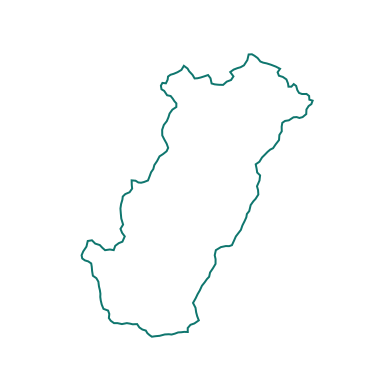 outline of São José do Divino, Minas Gerais, Brazil, rotated 200°
{"feature_id": "56859067B84823872884443", "entity_name": "São José do Divino", "entity_type": "district", "adm_level": 2, "iso_a3": "BRA", "parent_name": "Brazil", "parent_adm1": "Minas Gerais", "projection": "natural_earth1", "projection_center": [-41.373, -18.4], "detail": "fine", "context": "isolated", "style": "outline", "palette": "teal", "viewbox_px": 384, "rotation_deg": 200, "n_neighbors": 0, "source": "geoboundaries", "source_scale": "gbopen_adm2", "svg_char_len": 2858}
<svg xmlns="http://www.w3.org/2000/svg" viewBox="0 0 384 384"><g transform="rotate(200 192 192)"><path d="M202.5,47.4L198.4,49.1L195.1,46.7L191.6,45.8L188.0,46.0L185.7,44.1L182.9,43.0L180.2,42.3L177.2,43.9L173.2,45.8L168.9,48.8L165.2,50.4L162.4,51.1L159.7,53.0L157.0,55.3L154.2,56.5L151.5,57.9L148.1,59.0L149.5,62.7L148.0,66.7L144.8,69.3L141.7,73.7L144.6,77.0L146.9,80.3L149.1,84.4L153.1,88.1L152.2,93.4L151.8,97.8L151.0,102.2L150.6,107.3L149.2,111.5L148.2,115.2L146.9,118.2L147.5,122.5L146.2,127.7L145.3,132.5L146.9,137.0L149.0,140.3L149.7,145.5L146.0,150.1L141.7,152.8L138.6,153.8L136.3,155.7L135.9,160.5L135.6,165.2L134.3,169.4L133.1,173.2L133.2,177.7L132.6,182.8L132.3,186.8L132.9,190.1L131.7,193.7L132.4,199.8L131.2,204.2L129.9,207.3L128.8,212.3L130.6,216.4L132.9,219.6L132.5,225.9L133.7,230.9L137.4,232.6L139.2,235.9L141.6,239.8L139.0,243.5L138.0,248.4L136.4,251.8L134.7,255.6L133.0,258.6L130.8,260.9L129.7,265.3L128.0,270.6L129.4,275.5L128.4,279.7L130.1,284.1L130.8,287.9L128.9,290.6L125.5,292.5L122.2,296.9L119.3,298.2L116.4,298.3L113.7,300.2L111.3,304.3L112.7,308.7L111.8,312.7L109.9,315.4L109.9,319.1L113.3,318.9L114.8,322.3L117.9,323.3L122.2,321.7L125.3,321.7L127.9,323.8L130.4,327.3L133.3,328.2L134.6,325.0L137.4,324.0L138.9,326.8L141.8,330.1L146.0,331.2L150.1,331.0L152.5,333.8L151.4,337.9L156.1,338.5L161.4,338.6L165.8,338.4L169.4,337.9L172.4,338.0L176.1,340.3L179.9,341.4L182.8,341.9L185.8,340.6L185.1,334.9L186.5,328.8L189.1,325.8L191.6,324.0L194.7,321.3L197.1,317.8L192.6,314.8L193.6,310.6L197.1,307.6L199.4,303.3L203.9,301.8L207.6,300.9L210.7,300.7L213.5,305.2L216.9,307.4L220.1,304.8L223.1,302.5L225.7,300.8L228.4,299.6L231.5,302.2L236.0,304.5L238.4,306.5L242.8,307.8L243.7,303.1L246.6,299.6L249.5,296.9L252.3,294.8L254.0,292.3L253.3,289.2L253.7,285.2L257.1,284.4L257.6,281.3L255.8,278.1L252.7,277.5L248.5,274.4L244.9,274.9L242.1,273.2L239.6,271.3L237.0,269.9L235.8,266.5L238.6,262.7L239.9,258.1L239.7,254.1L239.9,250.0L241.4,245.4L241.3,240.2L239.3,235.0L236.1,232.0L232.3,228.7L229.5,225.3L229.8,221.6L232.2,217.7L234.7,214.4L235.4,209.1L236.6,204.4L236.2,200.3L237.2,196.6L237.2,192.8L237.3,187.8L240.6,184.9L243.0,183.3L245.7,182.6L248.9,183.3L252.7,182.3L250.9,177.8L249.4,174.7L250.6,170.4L254.0,167.2L255.5,164.1L254.8,161.0L254.5,156.4L253.6,152.0L251.7,147.8L249.4,142.9L245.6,137.8L246.6,132.9L243.7,129.7L240.0,127.3L240.4,121.5L243.3,118.9L245.7,115.2L245.7,110.6L249.5,109.9L253.8,107.6L257.1,108.9L260.5,110.6L265.3,110.4L269.5,112.4L273.2,110.3L272.5,104.6L273.9,99.0L274.1,94.8L272.4,92.0L269.2,91.1L265.8,91.3L262.3,90.4L260.7,87.6L258.8,83.5L256.5,79.4L252.4,78.3L249.3,75.7L247.1,71.4L244.9,68.1L243.3,65.1L242.3,62.0L240.6,58.8L238.3,55.3L235.2,51.9L230.3,51.9L228.0,49.1L227.0,45.1L224.3,43.2L220.4,42.1L217.1,43.3L212.7,43.9L208.4,46.5L205.2,47.1L202.5,47.4Z" fill="none" stroke="#0f766e" stroke-width="2"/></g></svg>